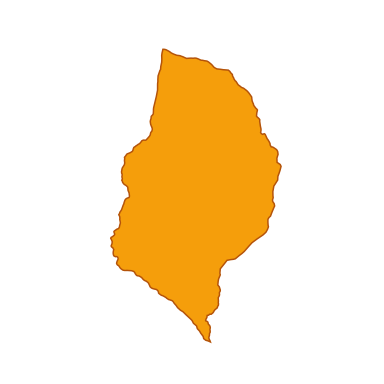 outline of Tendu, Samchi, Bhutan, rotated 326°
{"feature_id": "84629894B47921188785963", "entity_name": "Tendu", "entity_type": "district", "adm_level": 2, "iso_a3": "BTN", "parent_name": "Bhutan", "parent_adm1": "Samchi", "projection": "mercator", "projection_center": [88.91, 27.157], "detail": "fine", "context": "isolated", "style": "filled", "palette": "amber", "viewbox_px": 384, "rotation_deg": 326, "n_neighbors": 0, "source": "geoboundaries", "source_scale": "gbopen_adm2", "svg_char_len": 6011}
<svg xmlns="http://www.w3.org/2000/svg" viewBox="0 0 384 384"><g transform="rotate(326 192 192)"><path d="M111.5,265.6L112.5,268.1L113.3,269.0L114.9,271.2L115.1,272.6L115.0,274.3L115.4,277.2L115.4,279.8L116.3,283.5L117.6,286.3L118.4,290.4L119.1,293.4L119.8,296.4L120.2,298.6L119.8,301.7L120.9,305.5L120.0,308.3L120.5,311.5L120.3,313.7L120.4,315.7L120.5,318.0L119.7,320.1L120.5,322.6L122.1,324.5L123.4,326.6L123.8,325.1L123.9,323.9L124.1,323.1L124.3,322.6L124.8,321.8L125.3,321.4L126.2,320.7L126.8,320.0L127.0,319.5L127.7,318.9L128.3,318.7L128.8,318.2L129.2,317.6L129.6,316.9L130.0,316.0L130.9,315.1L131.2,314.8L131.7,313.8L131.9,312.9L132.0,312.3L131.8,311.7L131.7,311.1L131.7,310.6L131.9,310.0L132.1,309.4L132.4,308.9L132.3,308.4L132.0,307.4L131.5,306.9L131.4,306.2L131.8,305.8L132.7,305.1L133.4,304.8L134.2,304.3L135.1,303.3L135.6,302.8L136.5,303.3L137.2,303.4L137.8,303.2L138.5,303.3L139.0,303.7L139.7,304.1L140.5,304.0L141.7,303.9L142.8,303.5L144.1,302.8L144.6,302.7L145.1,302.4L145.7,302.4L146.8,302.3L147.4,302.2L148.1,302.2L148.8,301.6L149.2,301.3L149.8,300.9L150.6,300.6L151.6,299.3L151.7,298.7L152.2,298.1L152.9,297.2L153.5,296.2L154.4,294.7L154.9,294.1L155.4,293.9L156.2,293.5L157.3,292.7L157.6,292.1L158.2,291.1L158.6,290.6L159.3,290.3L160.1,289.8L160.4,289.4L160.7,288.9L161.6,285.9L161.4,283.5L164.0,280.4L165.5,278.9L169.1,276.5L169.7,274.9L172.5,271.5L180.2,269.1L182.8,268.2L186.3,269.7L188.8,271.0L190.6,271.6L195.4,271.1L199.1,270.9L202.1,270.5L208.5,268.8L213.4,267.6L219.8,267.3L226.9,267.3L230.8,266.7L233.7,265.2L235.9,263.6L236.5,262.1L237.9,259.7L239.1,257.9L239.7,257.1L241.5,256.2L243.6,255.9L246.8,253.6L251.5,250.5L252.7,249.8L253.6,247.6L253.6,245.9L253.6,245.0L254.3,243.6L256.1,242.1L257.0,240.4L259.3,236.8L260.5,235.6L263.2,232.8L264.7,232.2L269.7,230.0L271.9,227.1L275.0,224.9L277.3,223.1L280.2,220.5L280.5,218.5L279.1,215.0L281.3,211.4L284.4,208.9L285.0,207.7L285.6,206.5L285.8,205.4L285.8,204.1L284.6,201.0L284.0,199.8L282.9,198.9L283.1,196.7L283.8,195.4L284.1,193.3L284.2,191.1L284.1,189.8L284.9,185.1L284.5,184.1L283.4,183.8L282.8,183.7L282.2,182.5L282.1,181.1L283.5,179.7L284.4,178.4L285.5,175.7L287.6,171.3L288.6,170.0L288.6,169.4L288.6,168.8L288.4,167.8L288.0,166.3L287.9,165.2L289.8,162.8L292.1,160.6L292.1,159.4L291.8,158.5L291.7,157.1L291.6,154.6L292.1,153.5L292.3,152.2L292.8,150.1L293.7,148.2L294.6,146.6L294.6,144.3L294.5,141.3L294.2,139.1L292.8,134.8L291.4,132.8L291.3,131.9L290.6,130.1L290.2,128.8L290.3,126.2L290.3,124.9L290.0,124.0L290.0,122.9L290.0,122.0L290.4,120.3L290.4,119.0L290.8,117.8L291.2,117.1L291.1,116.6L291.0,116.0L290.8,115.1L290.8,113.2L290.3,111.3L289.2,110.4L286.3,108.1L283.9,105.9L281.5,103.9L280.7,102.5L280.0,101.0L279.8,99.4L279.6,97.6L279.4,96.7L278.4,93.4L277.6,91.8L275.7,90.1L274.4,88.7L273.2,87.8L271.3,84.7L270.3,83.4L269.2,82.5L267.8,81.8L266.1,80.5L264.8,79.7L262.9,78.6L262.1,78.1L260.8,76.0L260.1,74.8L259.1,73.5L258.2,72.2L257.4,71.5L255.8,70.1L253.9,67.4L252.6,65.2L251.9,63.1L251.1,61.5L250.0,59.5L249.5,58.9L248.8,58.2L247.7,57.4L244.8,60.1L243.2,61.9L242.2,63.5L241.2,65.1L239.4,67.5L236.3,70.5L234.4,72.9L233.4,73.3L228.8,76.8L226.5,79.8L225.6,81.2L224.1,82.9L223.4,83.9L220.4,88.3L215.6,93.1L207.2,100.8L206.2,102.0L205.4,103.2L204.8,104.0L203.7,105.4L203.2,105.8L202.2,106.1L200.5,106.5L199.0,108.3L197.9,109.1L196.9,110.1L196.6,110.6L195.6,112.7L195.3,113.9L194.9,115.9L194.7,116.7L194.3,117.6L193.8,118.2L192.6,119.2L191.3,119.5L190.6,120.0L189.6,121.0L188.8,121.6L187.5,122.1L186.6,122.3L185.2,122.7L184.3,122.9L183.3,123.1L182.8,123.2L182.2,123.0L181.2,122.1L180.5,121.7L179.6,121.6L179.0,121.5L178.1,121.9L176.6,122.3L175.7,122.6L174.8,122.5L174.1,122.4L172.7,122.5L171.4,122.4L170.5,122.6L169.1,122.5L168.6,122.6L167.7,123.2L166.3,124.4L165.8,124.7L165.0,125.0L164.3,124.9L163.5,124.9L161.8,124.7L161.2,124.5L159.7,124.2L158.9,124.2L157.7,124.8L156.7,125.1L155.4,125.5L155.0,126.5L153.5,128.3L152.7,129.9L152.1,130.7L151.5,131.2L151.1,131.6L149.7,132.2L149.0,132.5L148.3,132.8L147.8,133.0L147.4,133.3L146.6,134.0L146.0,134.7L144.9,135.8L144.2,137.1L144.1,137.9L143.6,138.9L142.7,139.8L142.2,140.6L142.0,141.2L141.7,142.0L141.2,142.5L140.4,142.9L140.3,144.0L139.9,145.2L139.9,145.9L139.9,146.6L140.1,147.9L140.9,149.5L141.1,150.2L141.3,151.1L141.4,151.8L141.2,152.6L140.6,153.5L140.2,154.3L139.8,155.1L139.5,156.8L139.3,157.6L138.1,160.0L137.7,160.6L137.1,161.2L136.5,161.3L134.7,160.8L133.9,160.8L133.0,160.8L131.8,161.3L129.8,162.8L129.0,163.6L127.5,164.5L125.6,165.9L124.0,167.1L122.9,167.7L121.2,168.3L119.5,169.5L118.7,169.8L118.5,170.4L118.5,171.1L118.4,171.6L118.1,172.4L117.6,173.3L117.3,173.7L116.7,174.5L116.5,175.0L116.2,175.8L115.4,177.5L115.0,177.9L113.0,179.6L112.1,180.6L111.6,180.8L110.8,181.1L110.2,181.2L109.5,180.9L108.8,180.8L105.8,180.9L105.2,181.1L104.8,181.9L104.7,182.4L104.5,183.1L104.4,183.6L104.0,184.0L103.5,184.3L101.9,184.5L101.1,184.5L100.5,184.5L99.5,184.4L98.7,185.0L98.6,186.1L98.5,186.9L98.2,188.0L98.1,188.6L97.3,189.5L96.7,190.2L95.5,191.0L94.8,191.5L94.6,192.4L94.8,193.1L95.1,193.7L95.1,194.3L95.0,194.9L95.0,195.9L94.4,196.4L93.3,197.5L92.6,198.4L92.1,199.3L91.9,199.8L91.7,200.3L91.5,201.2L92.2,202.6L92.6,203.0L93.1,203.2L93.6,203.6L93.9,204.4L93.8,205.2L93.4,206.1L92.6,206.7L91.1,207.6L89.7,208.8L89.4,209.5L89.4,210.9L89.8,211.6L90.0,212.1L90.0,212.8L90.0,213.7L90.0,215.0L90.1,215.7L90.7,217.3L91.1,218.2L92.3,219.4L94.6,220.9L96.0,222.0L96.8,222.6L98.0,223.6L98.7,224.5L99.3,225.4L99.5,226.6L99.3,227.9L99.3,228.5L99.4,229.9L99.6,230.5L100.2,231.2L101.0,231.9L101.3,232.3L101.9,233.5L102.2,234.3L102.4,234.8L102.5,235.6L102.6,236.2L102.6,236.8L102.9,238.1L103.3,238.9L103.6,239.6L104.2,240.3L104.4,241.0L104.9,242.5L104.9,243.1L104.9,243.6L104.6,245.5L104.3,247.0L104.3,247.5L104.5,248.2L104.9,249.3L105.6,250.3L107.0,251.9L107.4,252.3L107.9,252.8L108.2,253.6L108.5,254.6L108.4,255.3L108.2,256.3L107.8,257.0L107.9,257.9L108.3,259.0L108.8,260.4L109.7,261.6L110.0,262.0L110.9,263.9L111.5,265.0L111.5,265.6Z" fill="#f59e0b" stroke="#b45309" stroke-width="1.5"/></g></svg>